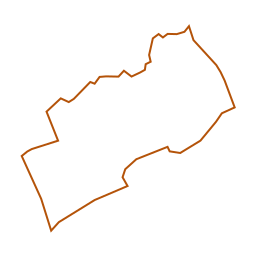 Russell, Virginia, United States of America (Equal Earth projection), rotated 357°
{"feature_id": "52423323B37698744608843", "entity_name": "Russell", "entity_type": "district", "adm_level": 2, "iso_a3": "USA", "parent_name": "United States of America", "parent_adm1": "Virginia", "projection": "equal_earth", "projection_center": [-82.083, 36.926], "detail": "fine", "context": "isolated", "style": "outline", "palette": "amber", "viewbox_px": 256, "rotation_deg": 357, "n_neighbors": 0, "source": "geoboundaries", "source_scale": "gbopen_adm2", "svg_char_len": 689}
<svg xmlns="http://www.w3.org/2000/svg" viewBox="0 0 256 256"><g transform="rotate(357 128 128)"><path d="M47.5,107.4L57.5,137.0L30.8,144.0L26.2,146.2L20.4,150.4L37.6,194.2L45.9,226.5L54.0,218.4L90.9,198.2L124.5,185.9L120.0,176.9L123.1,169.0L134.7,159.6L166.5,148.9L168.4,153.5L178.8,155.7L199.7,144.4L216.2,126.4L222.5,118.2L235.6,113.0L227.0,85.7L223.4,77.0L219.5,69.8L198.0,43.7L194.2,29.5L189.4,34.9L181.6,36.8L172.5,36.1L167.6,39.4L163.5,35.8L157.5,39.8L152.9,56.2L154.1,63.0L149.0,65.2L147.9,70.8L143.0,73.2L134.2,76.8L126.9,70.6L121.2,76.2L108.9,75.3L102.3,75.5L97.0,82.0L92.7,80.1L75.4,96.1L70.2,99.0L62.4,94.9L47.5,107.4Z" fill="none" stroke="#b45309" stroke-width="2"/></g></svg>